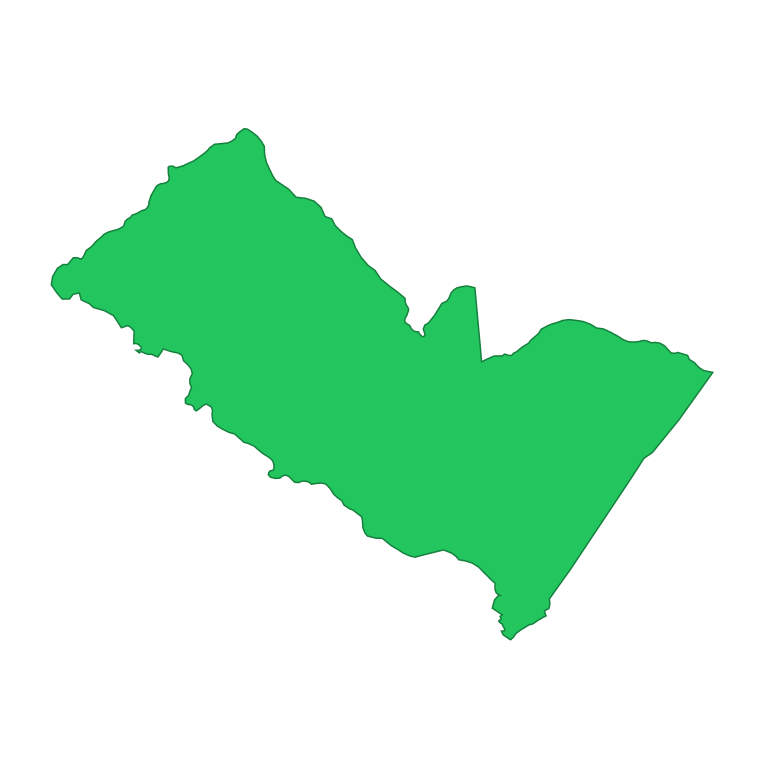 Las Minas, Veracruz, Mexico, rotated 268°
{"feature_id": "50627088B75168752145477", "entity_name": "Las Minas", "entity_type": "district", "adm_level": 2, "iso_a3": "MEX", "parent_name": "Mexico", "parent_adm1": "Veracruz", "projection": "albers", "projection_center": [-97.147, 19.704], "detail": "fine", "context": "isolated", "style": "filled", "palette": "green", "viewbox_px": 768, "rotation_deg": 268, "n_neighbors": 0, "source": "geoboundaries", "source_scale": "gbopen_adm2", "svg_char_len": 5527}
<svg xmlns="http://www.w3.org/2000/svg" viewBox="0 0 768 768"><g transform="rotate(268 384 384)"><path d="M142.8,530.1L144.1,532.9L145.3,534.7L145.8,536.1L146.6,537.8L146.7,537.7L149.2,537.1L151.7,536.4L153.9,541.0L158.3,542.1L163.5,541.8L172.0,548.3L192.4,564.0L281.2,627.7L298.8,639.9L300.7,641.2L306.2,649.9L338.0,677.6L384.1,713.0L386.3,703.9L389.8,699.0L394.6,694.9L397.9,690.0L402.0,688.4L403.6,683.6L405.3,678.7L404.5,676.2L405.0,672.0L408.8,668.7L410.2,667.6L412.5,665.6L415.2,661.1L416.1,656.6L415.9,653.9L415.8,652.7L417.3,649.5L418.0,647.9L418.5,644.4L417.5,640.0L417.2,635.6L417.6,630.0L420.0,624.5L422.0,621.7L423.9,618.9L427.9,612.1L430.5,606.9L431.5,604.9L432.5,598.4L435.4,594.1L436.5,592.4L439.4,585.5L440.1,582.4L440.9,577.8L441.9,571.1L441.5,567.1L441.3,564.7L439.7,560.2L438.8,556.7L438.1,554.2L437.1,551.0L435.4,547.4L433.3,543.1L429.2,540.3L425.6,536.0L422.3,531.8L419.8,530.1L416.4,523.9L413.6,520.1L411.9,518.2L410.3,514.6L408.1,512.6L408.2,509.8L409.7,505.6L409.0,504.6L407.9,503.1L408.0,499.9L408.1,499.0L408.1,495.0L407.7,493.9L405.8,489.2L402.8,482.3L418.3,481.5L432.0,480.7L441.1,480.2L455.3,479.4L464.6,478.9L473.8,478.3L477.0,478.2L479.1,470.5L478.7,467.0L478.5,464.7L477.4,460.0L475.5,457.0L472.8,454.3L468.5,452.4L464.8,450.0L462.5,444.6L459.2,442.5L450.6,436.7L443.4,430.5L441.5,426.9L437.6,425.2L435.0,425.9L431.6,426.8L430.2,425.7L430.0,423.8L430.9,423.0L431.5,422.5L432.9,421.1L434.9,420.4L435.0,418.2L435.3,417.4L435.8,415.8L437.6,413.8L439.7,412.5L440.8,412.2L441.9,411.4L442.4,410.6L443.1,409.2L444.6,407.7L445.7,406.9L448.8,407.3L451.8,409.2L455.9,410.8L457.4,411.2L459.7,410.6L462.6,408.8L465.4,408.0L468.6,408.0L468.9,408.0L475.0,401.2L476.0,400.0L476.6,399.3L480.0,395.0L480.3,394.6L482.6,391.8L483.4,390.9L488.1,385.5L489.3,384.2L495.1,380.7L497.8,379.0L500.7,375.3L503.2,372.1L511.1,365.8L511.8,365.3L514.4,363.9L516.8,362.6L520.3,360.7L520.9,360.3L525.4,358.8L529.5,357.3L529.8,356.9L533.2,351.9L534.5,350.4L536.5,348.1L538.8,345.6L539.4,345.1L539.9,344.6L544.1,340.7L550.8,337.6L551.6,335.6L552.8,332.5L553.4,331.0L554.3,330.6L557.1,329.5L561.7,327.6L562.7,327.2L568.0,321.8L569.1,320.7L572.3,312.2L572.4,311.4L573.7,302.7L582.0,295.5L582.6,294.7L586.6,289.2L590.0,284.6L591.0,283.1L594.9,280.6L596.8,279.7L603.4,276.8L607.4,275.1L609.3,274.3L613.1,273.5L614.7,273.1L619.7,272.6L623.9,272.7L625.8,272.7L631.3,269.6L636.2,265.8L639.5,261.9L640.4,260.7L643.5,256.4L644.0,253.0L640.9,248.4L638.5,245.6L636.3,244.7L634.8,244.2L633.9,243.1L631.5,239.3L630.3,236.1L629.9,229.8L629.5,223.1L628.3,221.3L626.4,218.4L622.8,215.0L620.2,211.6L617.5,207.6L617.0,206.9L616.9,206.7L614.9,203.6L613.6,201.6L611.7,196.9L611.2,195.8L610.4,193.8L609.1,190.9L608.7,189.4L608.0,186.8L607.3,183.4L608.5,181.7L609.2,180.0L609.0,176.9L608.1,175.9L605.7,175.9L602.1,175.8L597.8,176.5L594.8,176.0L592.9,173.7L592.1,170.4L591.9,167.5L590.0,163.8L586.5,161.5L580.5,157.8L573.9,155.4L571.0,155.1L569.2,154.0L567.6,152.8L566.6,151.3L565.6,147.7L563.1,143.0L561.4,137.9L559.2,136.4L558.0,133.7L555.6,131.0L551.0,129.4L548.9,126.0L547.3,121.8L546.8,118.9L545.4,113.6L543.2,109.2L540.9,106.9L536.9,101.6L531.5,96.5L527.9,91.2L521.8,88.0L519.4,85.9L521.0,81.4L521.0,77.9L514.4,72.0L514.6,67.4L511.1,61.7L503.0,56.6L494.8,55.0L491.6,57.0L486.4,60.3L480.1,65.4L480.0,72.8L484.5,76.3L485.6,82.7L478.7,84.3L474.6,92.3L470.6,96.3L467.0,107.2L461.8,116.1L461.7,116.1L455.5,119.9L449.4,123.5L450.1,125.9L451.3,129.9L449.6,132.8L445.6,136.1L433.0,135.3L433.2,137.0L432.6,139.3L429.4,142.7L427.2,142.5L426.2,139.7L426.3,137.4L423.6,140.7L425.0,142.2L423.2,145.8L421.9,149.0L421.8,153.0L420.1,156.0L418.9,159.0L423.3,162.4L426.8,164.6L424.3,171.0L423.1,175.1L422.2,179.3L419.7,183.1L414.2,184.5L410.2,188.6L405.6,191.8L401.1,192.8L396.1,190.2L391.3,190.0L387.4,191.5L383.4,189.8L379.3,188.2L376.4,185.0L372.0,184.9L370.5,186.9L370.0,190.3L368.2,192.7L365.2,193.5L363.7,195.4L366.1,199.1L368.6,202.1L370.2,205.7L367.1,210.6L364.0,211.7L359.8,211.1L355.3,211.4L352.5,211.7L347.7,216.0L344.3,221.4L341.0,227.5L339.3,233.0L333.9,238.6L330.6,242.0L329.7,245.4L326.5,252.0L324.3,254.3L322.7,256.1L319.0,260.1L315.7,265.1L312.6,269.0L309.5,270.7L305.1,271.3L301.5,270.3L301.3,267.3L299.6,265.8L297.5,265.2L294.7,267.4L293.4,272.3L293.6,276.8L295.7,279.4L296.4,282.6L294.9,285.8L292.0,288.4L288.9,291.3L288.5,295.1L289.4,297.9L289.9,300.3L288.9,305.1L286.4,308.0L287.0,313.2L287.2,318.3L286.0,322.5L281.3,326.6L275.7,329.8L272.2,333.4L268.8,337.7L264.3,339.9L260.6,345.1L259.1,348.6L255.5,352.9L252.3,356.9L249.3,357.6L245.4,357.8L241.0,357.9L235.8,359.8L233.9,361.2L232.5,362.4L231.1,367.4L230.2,370.6L230.1,371.5L230.0,374.5L229.8,376.9L228.8,378.1L224.5,383.0L222.3,385.5L220.4,388.4L219.4,390.1L218.9,390.8L217.6,392.9L217.1,393.5L214.4,397.3L211.2,404.0L209.8,409.2L210.3,410.8L211.1,414.0L211.4,415.6L212.9,422.5L215.0,432.6L216.1,437.8L212.6,445.7L209.3,449.9L205.7,452.8L204.4,459.0L202.1,465.6L197.6,472.4L193.8,475.7L189.3,480.0L185.0,483.8L181.1,488.0L177.9,487.9L174.5,487.8L171.0,489.1L168.7,492.6L168.4,490.8L167.2,489.7L164.5,487.0L162.5,486.3L158.8,485.2L157.6,484.8L156.2,484.4L154.6,486.6L151.6,490.7L149.2,494.1L147.7,491.9L146.9,492.2L146.1,492.6L144.5,492.7L144.0,491.4L143.1,490.3L141.7,491.2L140.4,493.1L140.5,493.3L138.0,494.5L134.4,496.2L133.2,495.8L132.9,492.7L129.2,494.3L128.0,495.9L125.8,498.9L124.1,501.3L124.0,501.6L126.2,504.2L127.2,505.1L130.1,507.1L131.9,509.9L132.7,510.8L138.3,520.6L138.9,523.9L139.0,524.2L140.6,526.9L142.8,530.1Z" fill="#22c55e" stroke="#15803d" stroke-width="1.5"/></g></svg>